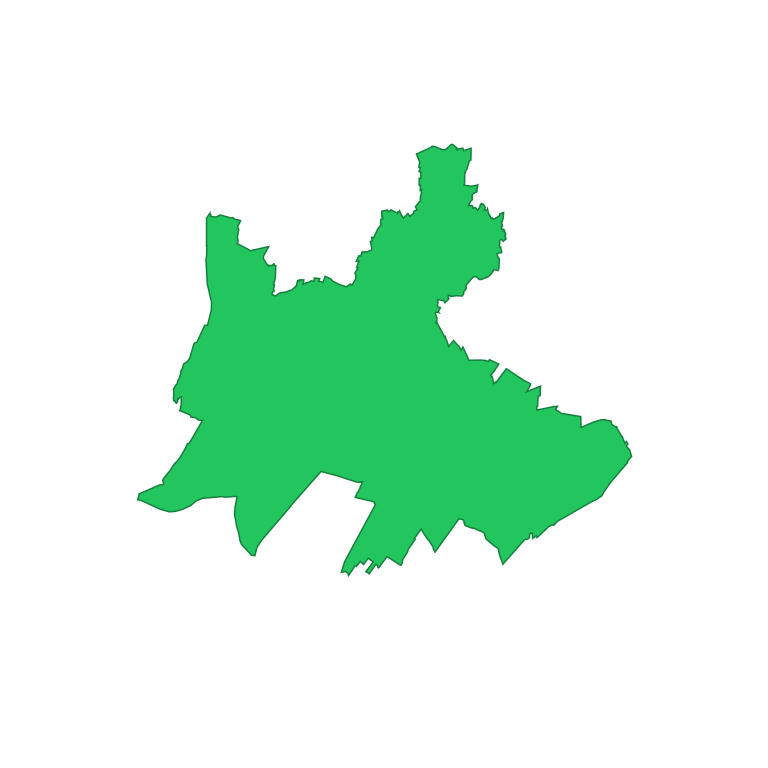 outline of Leeuwarden, Friesland, Netherlands, rotated 127°
{"feature_id": "6326949B93347001607369", "entity_name": "Leeuwarden", "entity_type": "district", "adm_level": 2, "iso_a3": "NLD", "parent_name": "Netherlands", "parent_adm1": "Friesland", "projection": "natural_earth1", "projection_center": [5.791, 53.17], "detail": "fine", "context": "isolated", "style": "filled", "palette": "green", "viewbox_px": 768, "rotation_deg": 127, "n_neighbors": 0, "source": "geoboundaries", "source_scale": "gbopen_adm2", "svg_char_len": 6159}
<svg xmlns="http://www.w3.org/2000/svg" viewBox="0 0 768 768"><g transform="rotate(127 384 384)"><path d="M511.0,549.5L515.3,548.9L515.9,547.6L519.2,545.6L519.3,545.0L521.4,544.2L523.9,541.9L523.5,541.1L523.9,540.4L523.5,540.1L524.4,538.8L524.1,538.1L522.4,538.3L520.4,539.6L520.5,539.1L517.9,539.1L516.3,538.1L523.0,533.2L524.4,532.5L524.6,532.9L526.8,531.3L528.2,531.3L525.5,520.5L525.6,519.3L526.5,518.6L526.4,517.8L524.4,514.3L524.4,510.4L522.2,507.0L548.3,503.9L549.0,503.9L549.8,505.1L556.4,503.7L565.6,502.7L572.9,502.9L572.8,503.3L582.3,502.8L591.7,503.1L594.0,502.8L595.9,500.4L597.3,499.9L599.7,502.5L619.1,513.4L624.7,511.0L623.7,509.4L622.6,505.3L618.6,487.0L615.3,478.5L611.2,473.9L605.8,469.8L597.5,465.2L590.8,463.8L584.8,460.4L571.3,445.5L570.2,443.0L563.1,434.9L562.5,433.5L572.0,428.8L578.1,424.9L586.5,415.8L590.5,410.2L595.7,404.8L597.9,401.3L600.5,386.7L598.9,383.8L591.3,387.0L582.6,387.7L538.5,385.0L538.7,385.3L492.3,381.7L491.7,381.5L485.4,366.0L479.0,347.4L477.4,344.4L475.1,342.3L484.9,339.8L486.9,340.0L491.9,338.7L484.9,323.1L484.2,320.5L485.2,319.6L485.3,318.3L549.6,308.5L560.1,304.7L556.9,301.9L556.9,299.0L558.3,297.0L546.1,297.7L546.1,296.3L540.0,296.0L540.5,291.7L532.7,291.8L532.6,285.5L544.9,285.5L544.4,284.0L544.6,281.6L532.9,281.9L533.3,278.7L534.1,278.5L534.1,277.6L520.0,277.7L518.8,261.4L515.8,261.7L513.3,263.4L504.0,264.1L501.8,265.1L489.1,265.6L489.2,266.8L477.4,267.0L479.7,261.8L482.0,254.7L481.9,253.6L484.1,248.6L484.1,247.3L485.9,245.5L487.6,242.1L446.6,243.0L444.8,239.3L445.5,237.6L446.6,236.5L446.3,236.1L448.0,234.8L448.1,233.5L446.2,227.2L445.0,225.1L443.6,218.8L443.1,218.7L442.8,214.4L446.4,209.0L447.0,198.4L446.7,195.2L447.1,193.1L450.8,189.2L456.4,180.6L424.7,178.1L423.4,177.8L421.4,175.9L419.4,175.3L416.5,177.1L415.1,177.2L413.8,175.8L417.9,172.3L413.7,171.1L414.6,169.3L398.6,166.6L395.7,165.1L394.6,163.5L389.3,162.8L351.5,146.7L350.1,145.5L342.3,142.7L338.5,143.4L326.4,143.8L300.1,142.2L299.8,142.9L292.8,142.7L288.8,148.2L287.9,152.7L287.3,153.0L288.3,153.4L285.1,153.1L284.1,155.8L286.4,156.1L282.6,162.1L282.9,162.3L278.9,171.6L279.0,172.2L278.1,172.6L279.2,174.5L279.2,176.7L278.9,178.4L277.4,179.5L277.0,180.7L278.5,183.1L279.7,186.4L281.8,188.9L287.9,193.5L300.1,200.5L291.6,207.3L300.7,224.6L301.1,231.7L297.4,232.0L299.9,234.8L313.0,246.4L309.6,248.5L309.2,248.1L301.0,253.5L299.4,252.3L291.5,257.7L304.2,265.4L297.4,266.2L297.5,266.6L295.7,267.3L297.0,275.3L298.2,295.5L315.5,295.4L315.1,296.0L317.8,296.8L313.0,301.8L313.4,302.0L312.9,303.0L312.9,304.1L308.2,303.7L299.0,304.4L301.1,314.4L303.1,314.1L304.6,318.2L305.0,318.1L306.3,320.7L313.9,330.4L307.0,343.2L310.6,342.9L308.9,346.6L307.5,354.6L315.2,354.9L312.2,358.9L310.3,362.7L309.2,363.2L309.1,363.5L310.0,363.4L303.3,378.5L304.0,378.7L303.6,379.5L302.5,379.9L302.3,379.5L299.1,381.7L296.9,385.5L295.3,385.7L294.0,383.0L293.8,384.0L289.1,384.9L290.0,387.4L289.3,388.5L285.9,390.2L285.2,391.4L284.2,392.1L281.5,386.4L282.4,384.3L276.9,383.4L276.0,385.2L274.3,386.0L273.4,384.3L274.2,383.8L269.8,379.1L266.5,374.3L263.5,374.9L263.0,375.6L258.1,375.9L255.6,377.9L245.1,377.2L243.2,375.8L242.8,374.4L243.2,371.0L242.4,369.5L235.4,365.2L231.6,364.6L226.9,365.0L225.7,363.7L224.9,361.3L222.8,361.7L215.2,366.7L214.4,367.7L214.2,369.2L212.0,372.1L210.0,371.0L208.7,369.3L207.9,369.3L204.5,373.3L205.3,374.1L199.5,378.0L198.1,377.3L197.8,376.6L198.3,374.7L194.8,373.8L194.6,374.9L193.3,375.3L192.9,376.6L191.3,376.8L188.9,380.3L188.7,380.6L189.8,380.9L188.8,382.1L189.7,383.0L187.7,384.9L186.8,384.3L183.8,387.7L183.0,387.4L180.3,388.4L175.0,391.7L178.4,393.9L179.9,392.9L186.8,395.7L186.1,397.3L187.3,397.9L185.3,401.7L185.5,402.4L182.0,406.6L182.8,406.3L185.0,408.5L181.9,409.5L180.7,412.8L181.2,413.4L181.0,414.6L182.1,414.3L182.4,415.1L184.6,414.1L188.7,413.7L188.2,417.3L190.0,418.8L188.8,420.0L188.5,421.1L190.8,423.7L186.3,424.8L183.5,424.4L181.8,425.8L181.8,426.5L180.5,426.6L178.9,427.7L175.0,425.6L173.7,425.9L173.9,426.7L170.5,427.6L169.7,428.9L169.2,428.5L168.4,429.0L169.8,429.7L173.8,433.8L177.0,439.7L174.6,440.8L167.8,445.9L166.1,446.3L166.2,446.7L162.5,447.1L154.4,450.2L152.8,449.4L143.3,456.3L149.7,460.9L148.2,463.0L151.4,466.0L153.0,466.1L152.9,467.7L151.6,467.7L151.4,473.6L152.5,474.5L160.1,476.0L161.7,478.5L163.9,486.4L165.1,488.7L166.9,488.9L180.8,496.5L185.0,489.4L189.9,486.5L189.2,485.3L193.2,483.9L192.7,482.3L197.4,478.3L198.6,479.7L203.7,475.9L203.0,475.5L203.9,474.8L203.5,474.4L207.5,471.6L206.0,471.2L209.9,468.6L212.1,467.9L216.1,465.0L217.2,465.4L223.5,465.6L225.1,462.5L228.1,464.1L230.0,463.1L234.6,464.4L233.5,467.5L239.7,468.4L238.3,472.3L236.2,475.9L239.4,475.8L238.9,476.4L239.4,476.3L240.8,483.3L241.9,483.2L243.7,484.2L243.0,486.0L247.3,489.8L251.5,486.7L250.9,486.2L252.8,484.5L254.2,485.7L257.9,483.3L258.4,482.2L263.9,482.3L273.5,480.3L274.2,482.2L276.9,479.5L278.3,480.7L283.4,474.9L284.4,474.6L288.5,476.8L290.4,479.3L290.9,479.1L291.3,481.0L295.6,479.7L296.8,481.3L302.7,480.0L301.2,477.9L307.4,476.0L306.8,474.7L312.9,474.0L314.5,471.6L317.0,469.9L324.4,469.0L324.4,470.9L329.0,472.6L331.6,480.0L332.8,487.4L332.1,489.8L333.4,495.8L339.4,493.9L341.3,498.0L338.5,498.7L341.2,503.4L344.0,501.9L345.4,504.2L348.4,505.6L350.5,507.4L353.2,508.5L349.1,510.7L351.7,514.2L352.8,513.7L353.3,515.3L358.4,513.1L364.4,514.3L369.3,517.5L374.6,522.4L378.8,523.4L380.0,527.1L378.6,528.1L377.1,528.2L376.0,527.6L374.7,529.3L370.7,531.1L371.0,532.1L364.7,534.6L354.5,541.7L355.5,543.1L354.2,543.9L354.4,544.5L356.7,544.6L357.7,546.2L359.2,547.1L358.5,547.6L359.2,548.5L356.4,555.9L353.9,557.3L343.7,558.8L357.8,570.8L360.1,585.3L361.1,585.2L357.3,586.8L354.8,589.5L352.6,590.5L351.3,591.6L348.2,592.7L346.5,595.6L340.0,596.7L340.5,598.8L342.0,601.7L342.3,603.9L342.0,604.8L343.3,605.8L347.6,616.6L351.6,618.4L354.5,623.1L353.1,624.0L353.2,625.0L352.2,625.8L358.3,625.6L380.6,608.8L380.3,608.6L388.0,603.1L391.7,601.1L410.4,585.4L422.5,570.9L429.3,566.2L443.6,560.2L444.9,562.5L463.1,558.6L465.6,560.2L480.4,554.7L484.5,554.6L488.6,556.1L493.0,554.3L496.3,554.0L498.0,552.5L501.2,551.6L501.5,551.1L505.4,550.6L508.7,549.3L511.0,549.5Z" fill="#22c55e" stroke="#15803d" stroke-width="1.5"/></g></svg>